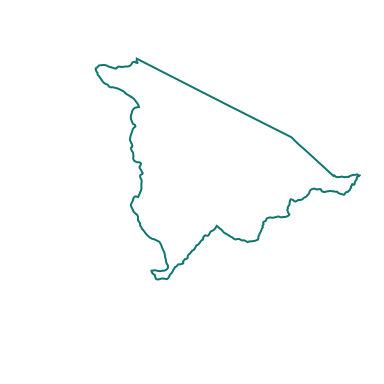 outline of Dota, San José, Costa Rica, rotated 117°
{"feature_id": "36466004B86060640293430", "entity_name": "Dota", "entity_type": "district", "adm_level": 2, "iso_a3": "CRI", "parent_name": "Costa Rica", "parent_adm1": "San José", "projection": "robinson", "projection_center": [-83.888, 9.584], "detail": "fine", "context": "isolated", "style": "outline", "palette": "teal", "viewbox_px": 384, "rotation_deg": 117, "n_neighbors": 0, "source": "geoboundaries", "source_scale": "gbopen_adm2", "svg_char_len": 6021}
<svg xmlns="http://www.w3.org/2000/svg" viewBox="0 0 384 384"><g transform="rotate(117 192 192)"><path d="M280.5,192.4L281.7,191.5L282.4,190.2L282.8,188.9L282.8,187.8L283.0,187.3L285.0,185.7L285.3,185.1L285.9,184.3L285.9,184.0L285.2,182.3L283.8,180.7L283.2,180.2L282.9,179.8L281.8,177.4L281.1,174.9L280.4,174.4L279.5,174.1L275.4,174.0L272.5,173.2L269.6,173.3L268.3,173.0L266.6,173.0L265.3,172.0L264.7,171.8L262.9,171.6L262.0,170.2L261.7,169.5L259.6,167.4L257.7,168.4L254.9,167.7L254.7,167.3L254.0,166.6L253.1,166.0L252.4,166.0L251.4,166.6L250.1,166.8L249.2,166.6L248.4,166.1L247.4,165.8L244.2,165.2L243.1,164.4L242.1,164.0L240.9,163.8L237.4,163.8L236.6,163.0L235.6,162.5L233.9,162.1L232.5,162.0L230.9,161.6L230.0,161.2L229.5,160.6L228.8,160.7L227.3,161.4L225.3,161.0L224.8,160.8L224.6,160.4L224.0,158.4L223.7,158.0L223.2,157.6L218.8,157.5L216.8,155.9L215.8,155.3L214.3,154.8L211.0,154.6L211.3,153.0L211.9,150.9L211.9,150.1L212.3,148.6L213.7,144.9L213.8,141.1L214.2,138.2L214.2,135.4L214.7,133.7L214.7,132.3L214.3,131.3L213.8,130.9L213.2,130.1L212.6,129.0L212.4,128.0L212.5,125.5L211.7,124.2L211.3,123.3L211.4,119.7L210.0,118.5L209.2,117.0L207.1,114.0L206.5,113.3L205.4,112.5L204.9,111.9L204.5,111.7L203.3,111.8L201.8,112.5L200.9,112.6L199.5,112.6L198.5,112.8L194.4,112.8L193.2,113.1L191.1,112.9L190.6,113.5L190.2,113.8L188.1,113.6L187.2,114.6L186.9,114.7L186.3,114.7L185.4,114.2L185.1,113.7L184.6,113.3L183.2,113.2L182.9,113.4L182.3,113.4L181.3,113.2L179.1,110.9L178.8,109.4L178.2,108.2L175.9,105.4L175.0,104.6L174.6,103.8L174.4,103.0L174.4,102.3L173.9,100.6L172.9,99.5L171.8,97.5L170.5,96.2L169.1,95.2L167.8,95.0L167.7,95.4L166.5,97.3L165.6,97.9L165.2,98.5L164.6,98.9L164.0,99.1L163.2,99.1L162.2,99.7L160.5,99.7L159.5,99.4L158.9,99.4L157.1,100.2L155.7,100.7L153.8,100.8L153.3,99.8L153.3,98.4L153.7,96.7L153.7,95.7L152.7,94.8L151.0,93.8L150.6,93.3L150.4,92.7L149.2,90.9L147.5,90.0L146.3,89.6L145.4,89.0L144.6,88.3L143.8,87.9L143.0,87.9L141.1,87.2L138.9,87.2L138.4,87.4L136.7,87.4L135.2,86.6L133.8,85.1L133.4,84.5L133.4,83.3L133.1,82.1L132.3,80.7L131.4,79.6L131.1,78.8L131.1,78.4L131.4,78.0L132.0,77.5L132.3,76.4L132.3,75.3L132.0,74.1L131.7,73.6L130.2,72.1L129.7,71.2L128.4,69.5L128.0,68.9L127.7,68.0L127.5,66.6L126.9,66.0L126.8,64.7L126.5,64.0L125.9,63.1L125.9,62.5L126.3,61.8L126.4,61.3L126.3,58.7L125.9,57.6L125.6,55.7L125.2,55.1L123.7,55.0L122.7,54.8L122.0,54.4L121.3,53.3L120.3,53.1L119.7,52.9L119.2,52.4L118.6,52.3L116.8,52.5L116.3,52.3L115.7,52.3L114.9,52.8L113.3,52.6L112.8,52.9L112.4,52.9L112.1,52.6L112.1,51.2L111.7,50.8L110.8,50.8L109.6,51.4L108.1,51.4L106.1,51.0L105.8,51.3L105.0,51.2L104.2,51.7L103.5,51.7L103.0,51.4L102.3,50.5L101.9,50.3L101.3,50.2L101.5,50.8L101.3,52.8L102.5,54.1L103.1,55.5L105.2,57.8L106.6,58.9L107.3,59.0L107.6,59.2L107.9,60.6L108.4,61.1L109.6,62.9L110.3,65.7L111.5,66.9L112.1,68.2L113.0,69.5L113.1,71.3L112.8,72.1L112.6,72.6L112.6,72.9L113.5,73.2L103.8,108.1L101.0,119.1L98.1,128.2L98.4,202.7L98.3,301.6L98.8,301.3L100.1,301.1L100.6,300.8L101.4,299.3L101.8,299.2L102.2,300.7L102.3,302.6L102.9,303.5L103.5,303.8L104.3,303.8L105.0,304.0L106.0,304.0L107.1,304.3L107.6,304.7L107.8,304.7L109.1,305.8L110.3,307.8L110.4,308.3L110.7,308.9L111.6,309.8L112.1,310.7L112.3,310.8L112.5,311.9L112.9,312.4L113.1,313.2L113.7,314.5L114.7,315.1L115.6,315.4L116.1,315.4L116.6,315.8L117.2,317.8L117.2,318.9L117.5,319.6L117.5,320.4L117.8,321.4L118.0,322.5L118.0,325.0L118.6,327.8L119.5,329.4L120.3,330.4L121.0,331.7L121.7,332.3L121.8,332.5L123.2,332.7L124.1,333.1L124.5,333.5L125.4,333.8L125.9,333.8L126.6,333.4L126.8,333.0L127.4,332.6L128.1,331.7L128.8,330.2L129.9,329.7L130.7,328.7L130.8,327.9L131.4,326.7L133.1,323.6L133.2,323.4L133.5,323.1L133.5,322.8L134.5,320.9L134.9,318.9L134.7,315.6L135.1,314.9L135.6,314.3L135.7,313.9L135.7,312.5L135.5,311.7L134.8,310.5L134.0,307.7L134.0,307.2L133.6,305.9L133.6,305.0L133.4,304.2L133.4,299.0L133.6,297.7L134.1,296.5L134.3,295.2L134.5,294.5L134.5,293.1L134.6,292.8L134.6,292.0L134.7,291.8L134.7,290.1L134.9,289.9L134.9,288.0L135.1,287.6L135.4,286.1L135.6,285.6L135.9,284.7L136.6,283.5L137.6,281.4L137.6,281.2L138.8,279.4L139.1,279.0L139.6,278.8L140.2,278.0L140.5,277.8L141.6,279.6L142.9,281.1L144.2,281.7L145.8,282.0L147.0,282.0L147.7,281.8L150.2,281.3L151.0,281.3L151.5,281.1L152.2,280.9L153.5,280.2L154.1,280.0L154.2,279.8L154.5,279.8L154.9,279.3L155.1,279.2L155.4,278.7L157.3,276.6L158.1,275.3L158.1,273.7L158.2,273.2L158.6,272.9L158.7,272.7L159.5,272.1L160.7,272.8L162.5,273.3L170.9,272.0L171.9,271.6L173.6,271.1L174.7,269.9L175.2,269.2L175.9,268.6L176.5,267.4L177.0,266.9L177.4,266.7L178.0,266.1L178.9,265.8L179.2,265.8L179.7,266.3L180.6,266.3L181.0,266.1L182.6,264.5L183.2,263.1L184.0,262.1L186.9,260.3L189.0,259.5L189.5,259.0L190.0,258.4L190.3,257.8L190.5,256.6L190.5,254.9L190.4,254.4L189.6,252.7L189.4,252.1L189.5,250.9L190.0,250.3L190.7,250.1L193.6,250.1L194.1,249.9L196.3,246.3L197.2,245.2L197.4,244.7L197.8,244.4L198.4,244.4L198.5,244.6L200.1,245.5L200.8,245.7L201.8,245.2L202.5,244.7L203.5,243.4L204.0,242.7L205.3,241.6L206.5,241.2L207.1,241.1L211.9,238.6L212.6,238.4L214.2,238.1L216.0,238.1L216.5,237.9L221.0,237.7L221.1,238.8L221.4,240.0L221.6,240.4L222.1,240.8L223.3,241.3L225.0,241.3L225.4,241.0L226.6,240.8L231.0,240.8L231.5,240.6L233.0,239.1L233.3,238.5L234.1,237.6L234.9,236.2L235.6,235.6L236.3,234.7L237.4,230.2L238.8,228.7L241.7,227.3L242.0,226.9L242.2,226.3L243.1,225.1L243.3,224.3L243.5,224.1L244.0,223.7L245.3,223.1L245.6,222.9L246.0,221.7L247.3,220.1L247.8,219.1L247.8,218.6L248.1,218.2L248.3,217.6L249.9,214.6L251.1,211.4L251.7,208.7L251.8,206.2L251.4,204.8L251.3,203.3L251.2,202.8L251.2,198.9L251.6,197.7L253.2,195.4L254.7,193.9L258.9,188.7L261.0,187.2L262.0,186.6L262.2,186.2L263.0,185.7L263.7,185.1L263.9,184.8L265.3,183.7L265.6,183.7L267.3,182.0L267.9,180.8L268.1,180.8L268.3,180.4L269.8,179.2L270.1,179.1L271.2,179.1L271.8,179.2L273.2,179.8L273.5,179.9L273.6,180.1L274.5,180.8L275.1,182.0L276.7,183.9L277.1,184.7L277.9,186.9L278.4,189.1L279.2,190.6L279.6,190.9L280.5,192.4Z" fill="none" stroke="#0f766e" stroke-width="2"/></g></svg>